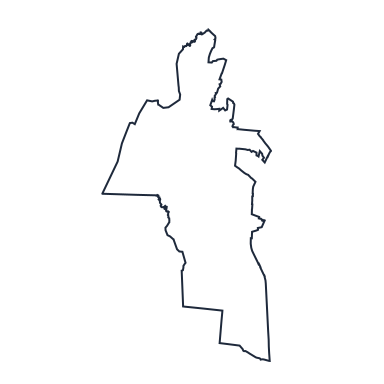 Žīguru pag., Vilakas, Latvia (Robinson projection), rotated 274°
{"feature_id": "27541924B94505112001659", "entity_name": "Žīguru pag.", "entity_type": "district", "adm_level": 2, "iso_a3": "LVA", "parent_name": "Latvia", "parent_adm1": "Vilakas", "projection": "robinson", "projection_center": [27.752, 57.307], "detail": "fine", "context": "isolated", "style": "outline", "palette": "slate", "viewbox_px": 384, "rotation_deg": 274, "n_neighbors": 0, "source": "geoboundaries", "source_scale": "gbopen_adm2", "svg_char_len": 5853}
<svg xmlns="http://www.w3.org/2000/svg" viewBox="0 0 384 384"><g transform="rotate(274 192 192)"><path d="M36.9,256.8L36.0,258.7L34.8,260.8L31.5,267.2L31.2,268.3L30.9,270.7L30.7,271.3L30.4,271.7L30.0,272.0L29.6,272.2L30.0,273.6L30.0,275.1L29.7,276.7L28.9,280.7L28.9,281.3L36.7,280.2L43.2,279.4L49.9,278.8L58.3,277.7L105.7,272.0L108.8,271.5L112.2,270.4L112.7,270.5L113.8,270.0L113.7,269.8L119.7,266.4L121.5,265.4L121.7,265.6L124.5,264.1L125.1,263.7L124.7,263.4L126.6,262.4L133.3,258.5L137.3,256.2L139.1,255.5L140.5,255.0L142.0,254.7L144.4,254.2L145.9,254.1L150.0,253.9L150.0,254.9L156.5,254.7L158.1,259.0L158.9,260.5L160.7,260.2L161.6,263.5L161.8,264.0L168.7,266.5L168.9,265.9L168.6,265.5L168.2,265.2L168.3,265.0L168.8,264.8L168.9,264.7L168.2,264.3L168.2,264.1L168.3,264.0L168.5,263.9L169.1,263.7L169.3,263.3L170.1,262.7L170.3,262.3L170.1,261.6L170.3,260.5L171.8,260.7L172.5,258.2L174.0,253.2L179.1,253.0L179.4,253.1L183.9,253.1L184.0,252.7L187.6,252.7L191.8,252.4L192.0,253.0L194.7,252.9L194.8,252.6L199.1,252.5L201.6,252.7L206.6,254.6L208.9,251.9L209.7,250.9L210.4,249.6L211.3,248.8L212.1,247.8L213.0,246.9L213.4,245.5L213.7,244.7L214.6,243.0L217.0,239.5L218.8,237.2L219.7,235.5L221.2,233.1L226.2,233.4L230.7,233.4L233.6,233.4L234.0,233.2L238.4,233.3L238.4,235.3L238.5,235.9L238.3,242.3L237.8,244.7L238.2,246.5L236.2,248.6L237.2,250.0L235.8,253.6L233.0,253.8L232.4,255.5L232.1,255.9L237.5,256.8L235.0,259.3L233.2,259.7L231.2,261.4L229.0,259.9L226.5,262.5L232.9,265.0L232.7,265.2L235.8,266.3L237.3,267.0L238.4,267.9L238.6,267.9L242.6,264.7L245.6,261.8L248.4,259.4L248.6,259.4L251.2,256.9L251.4,256.9L252.3,255.7L254.6,253.8L257.5,255.2L257.5,249.9L257.7,239.6L257.9,233.5L258.4,233.3L258.2,233.0L258.8,232.9L259.5,233.0L259.5,231.1L259.7,228.5L259.6,228.4L260.2,227.8L260.3,227.8L261.3,228.0L261.7,228.2L262.5,228.9L263.1,228.8L263.9,228.5L264.6,228.0L265.2,227.2L265.3,226.8L265.1,226.2L265.0,225.5L265.0,225.3L265.6,225.2L266.2,225.2L266.5,225.4L266.7,225.7L267.2,227.0L268.2,227.5L277.1,228.0L282.1,228.2L283.2,227.7L283.6,226.9L284.9,226.6L285.2,226.2L287.8,221.5L287.1,220.7L282.2,220.9L281.5,221.4L276.7,221.2L275.7,219.4L278.1,217.2L277.4,216.4L275.1,213.5L276.9,213.4L276.4,210.9L276.1,208.5L276.2,205.8L278.5,206.0L279.8,204.2L285.4,205.7L284.1,206.4L284.0,207.6L285.7,208.1L287.6,207.9L288.2,208.4L289.3,207.9L290.0,208.3L291.5,209.1L292.4,208.8L292.8,210.0L297.0,210.9L299.3,212.8L301.4,212.0L301.9,213.0L303.9,213.9L306.2,213.4L306.3,211.6L312.3,213.3L312.4,213.6L321.0,215.8L324.1,216.5L325.9,216.9L327.2,214.0L326.7,211.6L326.0,208.7L325.7,207.9L324.6,207.2L324.2,204.7L324.0,203.7L322.5,202.7L322.5,199.4L327.3,199.4L330.9,200.2L333.9,201.2L336.9,202.4L337.7,203.7L338.2,204.0L339.0,204.0L345.3,204.6L345.5,204.6L345.7,204.4L345.8,204.0L346.4,204.4L347.2,204.7L349.2,204.2L350.3,202.7L353.1,199.2L353.3,199.2L355.1,197.0L354.4,196.8L354.0,196.5L354.0,196.3L354.0,195.8L354.1,195.6L354.1,195.4L353.3,194.7L351.9,193.6L350.0,191.1L349.9,190.5L350.0,190.4L350.5,190.6L350.9,190.6L351.4,190.4L351.7,190.2L351.8,189.9L351.8,189.4L350.9,189.2L350.1,188.8L350.1,188.6L350.2,188.4L350.1,187.8L350.4,187.5L350.4,187.4L350.2,187.0L350.1,186.8L349.7,186.5L349.6,186.3L348.1,185.7L347.3,185.1L346.9,185.1L346.7,185.2L346.4,185.6L346.1,185.7L345.5,185.6L344.6,185.2L344.1,184.6L344.1,184.1L343.7,184.0L343.5,183.7L343.4,183.7L343.2,183.7L343.1,183.8L343.2,184.2L343.2,184.3L342.6,184.5L342.2,184.3L342.0,184.0L342.0,183.8L342.0,183.5L342.1,182.9L342.5,182.7L342.6,182.3L342.2,182.0L341.6,181.9L341.4,181.8L341.4,181.7L341.6,181.5L342.4,181.3L342.6,181.1L342.5,180.9L342.4,180.8L342.1,180.7L341.5,180.7L341.3,180.6L341.2,180.4L341.1,180.2L340.6,180.2L340.4,180.3L340.2,180.3L340.0,180.1L340.1,179.9L339.8,179.7L339.3,179.6L339.0,179.7L338.7,179.8L338.4,179.9L338.2,180.0L337.8,179.9L337.6,179.7L337.6,179.4L338.0,179.1L338.4,179.1L338.9,179.1L339.2,179.0L339.2,178.8L339.1,178.5L338.8,178.1L338.5,178.0L338.4,177.7L338.6,177.6L339.3,177.5L339.7,177.2L339.8,177.1L339.7,176.9L339.4,176.7L338.4,176.7L337.2,176.1L337.1,175.8L337.2,175.5L337.2,175.3L337.1,174.8L337.0,174.7L336.2,174.2L336.4,173.6L336.0,173.3L336.2,173.0L333.7,173.0L329.0,169.3L318.8,167.7L297.3,171.1L295.4,171.5L291.8,171.9L288.4,173.4L283.2,173.2L274.9,162.7L273.9,157.5L276.9,152.4L276.9,152.2L278.7,151.8L279.8,151.7L280.8,151.7L281.0,151.5L280.7,150.4L280.4,148.5L279.6,146.0L280.3,140.8L266.8,133.9L255.7,130.2L257.0,127.7L256.4,125.2L248.5,122.7L235.6,118.7L217.2,115.7L184.2,102.7L184.0,102.8L185.3,136.6L186.1,154.7L186.1,154.8L186.2,156.7L185.8,156.8L185.8,157.1L186.6,157.6L186.2,158.7L186.0,158.8L184.9,158.5L184.6,158.6L184.3,159.9L184.0,159.9L183.5,159.8L182.6,159.3L182.3,159.2L182.1,159.4L182.2,159.6L183.1,160.0L183.0,160.6L182.6,160.8L182.1,160.8L180.9,160.5L179.1,160.8L178.6,161.1L177.5,162.2L177.2,162.4L176.8,162.2L176.1,161.7L175.8,161.8L174.8,162.6L174.7,163.1L174.9,164.3L175.1,164.8L174.7,165.2L174.4,165.4L173.8,165.5L173.3,165.7L173.2,165.9L173.3,166.0L173.9,165.9L176.0,165.9L176.2,166.1L176.3,166.2L176.0,166.5L175.4,167.1L175.5,167.8L175.4,167.9L174.7,167.7L173.7,167.7L173.1,167.6L171.8,167.4L171.0,167.7L170.8,168.0L171.1,169.3L170.7,169.6L170.5,170.2L170.3,170.2L169.5,169.7L167.8,169.8L167.5,169.5L167.3,169.5L166.5,170.1L166.1,170.2L165.0,170.1L164.7,170.4L164.2,171.1L161.9,171.4L160.8,171.4L160.3,171.5L159.3,170.9L156.4,169.4L155.5,168.7L154.5,168.0L152.0,168.3L147.2,170.6L147.1,170.9L146.2,173.2L143.5,176.7L143.5,176.9L143.4,177.0L142.9,177.1L134.0,181.0L133.7,181.2L131.9,183.4L131.8,183.5L131.7,186.6L120.9,190.5L119.9,189.8L117.7,188.6L116.0,188.7L113.4,188.4L113.1,188.0L112.8,187.2L80.2,190.8L77.2,191.1L77.1,193.0L76.9,199.8L76.5,212.0L75.8,230.6L74.3,230.6L65.3,230.4L43.2,230.1L42.8,237.9L42.1,250.2L39.5,252.8L38.8,253.5L37.3,254.2L36.9,254.9L36.9,255.4L37.1,256.1L36.9,256.8Z" fill="none" stroke="#1e293b" stroke-width="2"/></g></svg>